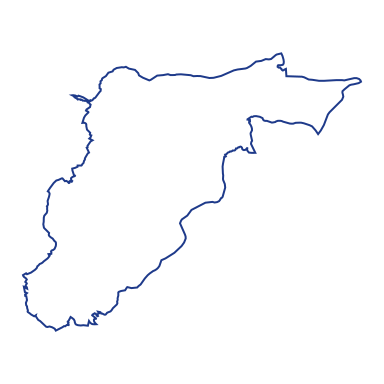 Magherani, Mures, Romania (Equal Earth projection)
{"feature_id": "2599482B35155087466971", "entity_name": "Magherani", "entity_type": "district", "adm_level": 2, "iso_a3": "ROU", "parent_name": "Romania", "parent_adm1": "Mures", "projection": "equal_earth", "projection_center": [24.936, 46.581], "detail": "fine", "context": "isolated", "style": "outline", "palette": "blue", "viewbox_px": 384, "rotation_deg": 0, "n_neighbors": 0, "source": "geoboundaries", "source_scale": "gbopen_adm2", "svg_char_len": 5737}
<svg xmlns="http://www.w3.org/2000/svg" viewBox="0 0 384 384"><path d="M117.6,298.2L118.3,295.6L118.3,292.4L118.9,291.8L121.1,291.0L125.1,290.3L127.0,287.3L127.4,287.1L131.4,288.1L137.2,287.5L138.6,286.0L140.6,284.5L144.8,278.5L147.7,275.2L149.8,273.4L153.2,271.0L154.7,270.4L156.6,269.2L158.0,267.9L159.4,266.0L161.4,260.2L165.5,258.4L174.4,252.8L181.6,246.0L184.1,242.5L185.7,238.5L185.6,236.5L185.0,234.6L180.0,223.3L181.0,220.8L181.9,219.4L187.3,215.6L191.5,209.9L205.4,202.7L212.5,201.9L214.6,202.5L217.1,202.1L219.0,201.2L219.8,200.2L221.0,198.2L221.5,198.1L222.6,196.9L225.2,187.6L224.8,184.0L223.2,180.1L223.0,179.0L223.2,175.3L222.9,173.5L222.6,166.6L223.0,163.7L224.2,157.6L224.1,157.1L224.3,156.8L224.8,156.9L225.8,156.4L225.3,155.6L225.5,155.2L225.2,154.6L226.4,154.2L227.8,152.6L229.3,152.1L229.9,151.5L230.3,151.4L230.9,151.6L232.2,151.0L232.6,150.5L234.2,150.5L234.9,150.3L235.7,149.4L235.9,148.5L237.1,148.4L238.3,147.3L239.1,147.3L239.3,147.0L240.5,146.6L241.3,146.9L242.0,147.8L242.3,149.1L242.7,149.6L243.9,150.1L245.5,149.8L247.1,148.1L247.3,148.2L247.1,150.0L247.7,151.1L249.0,152.6L252.1,152.9L255.3,152.8L251.0,143.9L251.3,142.1L252.1,140.8L250.7,134.6L250.6,133.2L252.0,130.3L251.9,128.4L251.4,126.7L250.6,125.0L249.1,122.8L249.1,122.6L249.5,122.3L249.1,121.0L249.2,120.7L249.8,121.5L250.0,121.4L249.9,119.7L249.6,119.5L247.5,119.6L247.5,119.3L251.4,116.7L252.6,116.9L253.9,116.2L256.1,116.1L259.8,116.8L262.5,118.1L263.1,119.6L263.8,120.4L265.2,120.9L267.0,120.9L271.9,122.6L273.4,122.4L275.3,122.0L276.1,121.4L277.9,120.8L280.2,120.8L281.6,121.0L283.2,121.7L290.0,123.6L293.0,123.7L295.7,122.8L298.5,122.7L301.2,122.7L303.9,123.3L309.6,125.2L312.1,126.4L315.6,130.4L318.1,134.1L320.8,130.5L323.9,125.0L327.9,114.5L329.5,112.3L342.0,99.8L343.3,96.7L342.9,94.4L342.4,92.7L342.5,91.2L344.5,89.3L349.4,85.3L351.1,84.7L353.6,84.3L358.7,83.1L361.0,81.7L360.5,80.4L359.1,79.0L356.5,78.1L354.3,78.1L344.3,80.4L341.8,80.1L336.9,80.1L324.1,80.8L319.0,80.8L312.4,79.8L308.7,79.5L304.2,77.3L301.9,76.7L286.4,76.2L285.9,68.9L284.2,69.7L283.9,70.1L282.8,70.5L282.0,70.0L281.5,69.3L281.4,68.8L280.9,68.6L280.1,67.6L278.6,67.6L277.6,66.8L277.8,65.6L278.2,65.2L281.0,65.2L282.8,64.8L283.4,64.0L283.7,63.2L283.8,61.6L283.5,59.5L282.5,56.0L281.3,53.4L276.7,54.5L275.7,55.1L271.1,59.0L268.9,59.4L265.7,59.1L261.3,60.9L256.0,61.6L250.7,65.9L247.0,68.0L245.4,68.5L237.6,69.5L233.8,70.4L221.2,75.9L213.6,77.8L209.4,78.0L200.5,76.1L197.1,76.0L193.5,76.2L190.7,75.2L180.9,74.3L176.5,74.5L175.0,75.0L170.6,75.1L168.0,74.2L163.1,75.1L157.2,75.6L150.8,79.8L149.3,80.4L142.9,77.7L139.0,75.4L138.2,73.1L135.0,69.9L128.9,68.6L125.9,66.8L124.6,67.2L123.3,67.4L121.9,67.2L116.7,68.0L113.6,69.7L112.6,71.4L108.4,72.7L105.9,76.1L102.5,78.2L102.0,79.0L101.8,80.2L100.5,81.3L100.6,83.4L99.5,84.5L99.6,86.2L99.6,88.3L100.8,89.1L100.6,91.0L99.5,92.1L95.4,97.6L94.4,98.3L93.9,98.3L92.4,100.2L91.6,100.5L90.5,100.2L90.4,101.1L89.6,101.3L83.3,97.4L80.1,96.2L78.4,95.7L77.6,96.5L75.2,95.5L73.1,95.2L72.2,95.3L73.6,96.0L74.6,97.3L76.9,98.6L77.7,99.5L78.7,99.2L79.8,99.5L80.5,99.4L80.8,99.9L81.7,99.7L82.7,100.6L83.7,100.6L84.8,100.9L86.3,100.9L86.9,101.1L87.4,101.8L87.6,102.4L88.8,102.8L89.5,103.4L89.7,103.9L90.6,104.6L90.0,107.1L86.5,109.5L86.0,110.6L88.3,111.9L88.4,112.4L85.3,115.5L84.0,117.7L82.4,122.9L84.3,122.7L85.5,123.3L86.1,123.9L86.3,124.7L86.3,126.2L87.0,129.6L90.2,132.8L89.8,134.5L90.2,135.0L91.3,135.4L90.5,137.4L89.3,138.6L92.5,140.3L90.6,141.4L87.5,145.9L87.6,147.2L86.7,147.7L89.0,152.6L87.8,153.4L85.6,157.1L84.9,158.4L84.9,159.6L84.1,160.7L83.5,163.0L82.2,164.3L81.8,165.2L81.5,165.5L77.6,165.5L77.5,166.8L75.0,167.9L72.2,168.6L72.4,170.4L74.0,175.3L74.7,175.4L75.0,175.8L74.8,176.1L72.5,176.9L71.1,178.1L71.0,178.8L71.2,179.8L71.8,180.7L72.2,181.0L71.7,181.8L70.3,181.6L69.8,181.1L69.5,181.3L69.3,182.9L68.8,183.0L67.5,181.6L66.4,180.9L64.9,181.2L62.5,178.4L61.7,178.4L58.5,179.9L56.3,180.5L53.7,183.0L50.0,188.0L47.8,191.3L49.0,192.2L49.6,193.6L49.5,194.6L49.0,196.8L47.6,201.0L48.0,204.2L47.7,205.2L46.9,206.3L47.2,206.8L47.1,209.2L47.3,210.6L46.8,212.8L44.3,215.7L43.8,217.7L43.7,221.8L43.3,224.2L43.9,227.5L44.3,228.2L49.1,233.0L48.8,234.4L48.9,235.3L49.3,236.0L50.6,237.2L52.7,238.6L54.5,241.1L55.4,241.7L55.9,242.7L56.0,244.3L55.8,246.0L54.6,248.8L53.3,249.9L51.7,250.5L51.3,250.9L51.0,251.8L51.4,252.5L51.3,253.8L48.5,254.1L48.9,255.0L49.8,255.1L49.4,256.2L48.3,257.6L47.5,258.5L43.7,261.4L42.5,262.6L41.4,263.3L39.7,264.0L38.2,265.7L37.4,266.2L36.7,268.1L35.0,269.8L31.0,272.6L27.0,274.2L26.1,273.3L23.0,275.1L23.3,276.0L24.0,276.9L26.0,278.4L26.8,279.5L25.3,281.9L26.5,283.0L26.8,283.5L25.3,286.2L26.8,287.2L27.1,288.6L23.9,286.9L24.9,292.1L27.0,293.1L25.6,294.5L25.1,294.6L25.2,295.9L26.3,296.2L27.0,300.1L25.9,302.9L26.2,305.2L27.0,306.4L27.2,308.3L27.9,310.3L27.6,311.5L27.8,312.0L29.7,313.3L31.1,314.5L34.2,316.3L35.8,315.3L35.6,316.0L38.2,319.9L40.2,321.1L46.1,326.7L47.3,327.0L49.6,326.5L52.2,327.3L54.7,328.7L55.8,330.6L62.3,327.3L64.1,326.1L65.1,326.3L66.8,325.0L68.6,325.1L68.7,324.9L67.9,324.0L68.2,323.2L68.6,322.9L68.6,322.7L67.7,321.9L67.7,321.6L68.6,320.8L70.6,317.0L72.4,318.2L73.9,319.5L74.7,321.2L74.8,322.2L75.4,323.8L76.2,324.6L78.0,325.2L80.7,325.5L83.3,325.2L87.9,325.7L89.0,321.0L89.9,322.4L90.9,323.3L92.2,324.1L94.4,324.3L96.3,324.2L95.2,323.1L94.4,322.0L94.0,321.0L93.9,319.8L94.1,319.3L94.9,318.9L95.9,318.8L96.0,318.4L92.2,315.3L92.5,314.6L94.5,313.4L94.7,313.7L95.7,313.6L96.7,315.5L97.4,316.2L97.7,316.2L98.0,316.0L97.4,315.1L97.2,314.4L98.9,313.4L98.0,311.7L100.4,312.2L101.3,313.6L102.1,313.5L104.5,314.7L105.2,314.7L105.7,314.5L107.2,312.7L110.5,311.4L111.6,310.2L112.9,308.2L116.8,304.5L117.4,303.2L117.1,301.7L117.7,299.8L117.6,298.2Z" fill="none" stroke="#1e3a8a" stroke-width="2"/></svg>